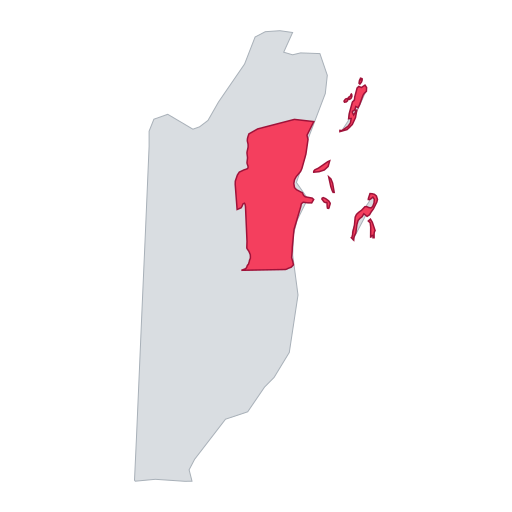 location of Belize within Belize
{"feature_id": "BLZ-1323", "entity_name": "Belize", "entity_type": "District", "adm_level": 1, "iso_a3": "BLZ", "parent_name": "Belize", "parent_adm1": "", "projection": "albers", "projection_center": [-88.107, 17.657], "detail": "fine", "context": "in_parent", "style": "filled", "palette": "rose", "viewbox_px": 512, "rotation_deg": 0, "n_neighbors": 0, "source": "natural_earth", "source_scale": "10m", "svg_char_len": 4130}
<svg xmlns="http://www.w3.org/2000/svg" viewBox="0 0 512 512"><path d="M149.1,146.3L149.1,131.2L153.9,119.2L167.7,114.3L185.5,124.8L192.9,129.2L199.6,126.8L208.0,120.4L218.5,102.0L244.6,64.0L255.1,37.0L265.3,31.7L279.9,30.7L292.6,32.5L283.7,52.2L292.6,54.8L300.6,52.9L319.9,53.6L327.3,75.3L325.3,93.5L307.1,141.4L304.8,157.9L296.4,182.5L307.7,198.7L297.1,220.3L293.5,234.2L292.7,255.1L298.0,295.0L289.3,352.4L274.1,377.4L264.6,387.0L247.7,411.8L225.5,419.2L194.6,459.3L189.1,469.8L192.0,481.2L184.8,481.3L155.3,479.3L135.3,481.2L134.5,480.2L136.5,437.0L139.4,370.2L141.5,321.2L143.6,273.3L145.2,237.4L147.3,188.5L149.1,146.3ZM349.6,127.7L341.7,130.9L348.2,120.9L349.1,114.4L358.2,87.7L364.7,87.8L366.4,90.2L349.6,127.7ZM365.9,215.0L353.1,239.3L352.3,232.4L357.6,214.4L364.8,208.0L369.3,201.4L370.3,193.5L376.5,197.3L375.0,205.1L365.9,215.0Z" fill="#d9dde1" stroke="#a8b0b8" stroke-width="1"/><path d="M313.8,121.6L307.0,135.2L308.0,139.6L305.9,154.1L301.9,168.5L300.6,171.4L296.3,176.5L294.5,179.7L293.8,183.5L294.5,187.6L296.5,189.7L302.4,192.8L303.6,195.4L305.2,196.8L312.2,198.1L313.7,199.5L311.7,202.9L307.4,202.8L303.2,202.2L301.3,203.8L300.8,206.5L294.0,229.5L292.3,247.1L292.2,250.8L291.6,257.6L292.7,261.3L293.4,264.6L293.4,264.9L291.2,267.2L287.8,268.5L287.0,269.0L285.4,269.5L241.4,270.3L245.1,268.9L245.6,268.6L246.0,268.3L246.3,267.9L246.9,266.8L247.1,266.0L247.4,265.4L247.7,264.9L248.1,264.7L248.4,264.3L248.7,263.4L249.3,261.5L249.5,260.3L250.4,258.2L250.4,256.6L250.3,254.7L248.9,251.3L247.0,248.6L246.8,247.7L247.0,241.4L245.5,206.7L245.1,204.3L244.4,203.2L243.0,203.9L242.1,206.1L241.1,207.8L237.1,209.5L235.2,184.3L235.3,181.1L237.4,175.0L239.3,172.1L244.2,169.8L245.9,169.3L247.3,168.7L248.0,167.9L248.1,166.8L247.9,165.9L247.1,163.6L247.0,162.4L247.5,158.3L247.5,157.3L247.0,153.4L247.0,152.4L247.1,151.7L248.1,147.1L248.1,144.8L248.0,143.8L247.4,141.4L247.3,140.2L247.5,138.4L247.9,136.9L248.9,133.9L257.7,128.9L294.4,119.4L313.8,121.6ZM355.7,110.1L356.8,110.1L355.5,117.6L352.3,124.5L347.1,129.6L339.9,131.6L339.9,130.4L341.7,130.5L342.2,130.4L348.2,126.1L350.4,123.0L351.2,118.5L348.6,118.7L349.3,113.3L352.3,102.4L352.7,101.6L353.5,101.0L354.3,100.2L354.6,98.8L354.7,97.1L357.1,88.0L358.8,86.4L361.4,87.5L365.0,85.1L366.6,87.5L366.4,91.3L364.2,93.4L363.0,95.3L359.6,104.7L358.0,107.8L356.9,107.0L355.7,106.5L355.3,108.4L354.7,109.7L353.8,110.6L352.4,111.3L352.4,112.5L353.6,115.0L355.1,112.7L355.5,111.6L355.7,110.1ZM370.0,193.6L372.0,193.7L374.4,194.3L376.4,196.0L377.5,199.5L376.8,202.1L373.4,208.9L371.2,211.9L369.5,214.8L367.1,216.4L363.8,213.8L362.1,216.7L360.0,218.3L358.1,220.4L356.9,224.6L355.9,232.4L355.5,233.7L354.6,235.4L353.9,237.6L353.7,240.1L351.3,237.7L352.0,237.1L352.2,236.5L352.2,235.9L352.5,235.3L352.9,231.6L354.4,225.5L355.2,217.1L356.5,214.4L358.6,212.4L361.5,210.3L364.9,206.7L366.6,206.6L369.0,207.6L371.1,207.9L372.7,206.4L374.0,203.0L374.3,199.3L372.9,197.1L371.1,198.7L369.6,199.6L368.3,199.5L368.4,198.4L370.0,193.6ZM314.9,169.8L318.3,168.2L327.7,161.7L329.7,160.8L328.1,166.5L324.3,170.0L319.1,171.7L313.7,172.2L313.7,171.4L314.0,170.8L314.9,169.8ZM368.3,221.0L370.4,219.1L372.3,222.2L375.1,230.6L374.4,231.8L374.1,233.6L374.1,237.7L373.0,237.7L373.0,235.9L373.0,235.3L372.0,235.6L371.4,236.1L371.0,236.8L370.6,237.7L370.7,227.1L370.2,222.8L368.3,221.0ZM325.6,198.6L328.7,200.9L330.2,203.2L329.9,205.0L329.4,205.7L329.4,206.8L328.7,208.4L327.5,208.2L327.2,206.8L327.0,203.2L326.8,202.4L325.5,202.6L324.0,201.9L323.1,200.7L322.5,199.8L322.0,199.4L322.0,198.3L323.2,197.6L325.6,198.6ZM328.7,176.9L330.9,178.9L332.6,183.1L334.2,192.4L333.1,192.4L332.2,190.7L330.8,186.6L328.7,176.9ZM361.5,78.4L362.1,78.7L362.2,79.4L362.1,80.3L361.5,82.0L359.9,84.1L359.0,83.2L359.5,80.3L360.1,79.2L360.6,79.6L360.7,79.3L360.4,78.5L360.5,78.2L361.1,78.4L361.5,78.4ZM346.5,98.8L347.5,98.4L348.0,98.9L347.6,100.7L346.3,101.9L344.5,102.2L344.0,101.1L345.2,99.4L346.0,98.8L346.5,98.8ZM351.4,94.0L351.8,94.7L351.9,96.5L351.0,98.4L349.6,99.4L349.0,99.3L348.8,98.4L348.5,97.7L348.8,97.1L349.7,96.6L350.5,95.9L350.8,94.9L351.1,94.2L351.4,94.0Z" fill="#f43f5e" stroke="#9f1239" stroke-width="1.5"/></svg>